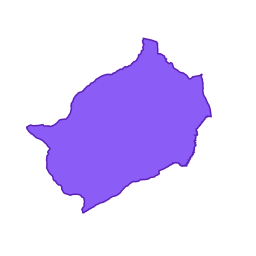 outline of Micfalau, Covasna, Romania, rotated 139°
{"feature_id": "2599482B86222480171428", "entity_name": "Micfalau", "entity_type": "district", "adm_level": 2, "iso_a3": "ROU", "parent_name": "Romania", "parent_adm1": "Covasna", "projection": "natural_earth1", "projection_center": [25.868, 46.051], "detail": "fine", "context": "isolated", "style": "filled", "palette": "violet", "viewbox_px": 256, "rotation_deg": 139, "n_neighbors": 0, "source": "geoboundaries", "source_scale": "gbopen_adm2", "svg_char_len": 5626}
<svg xmlns="http://www.w3.org/2000/svg" viewBox="0 0 256 256"><g transform="rotate(139 128 128)"><path d="M212.3,154.4L213.1,153.9L214.0,152.5L214.8,152.0L215.6,151.1L216.7,146.5L216.9,144.8L216.5,141.3L216.7,140.6L218.0,138.4L218.3,137.4L218.2,136.8L217.8,136.0L217.7,135.3L218.0,132.8L217.8,131.0L217.7,130.5L216.7,129.6L216.4,129.1L216.5,127.7L216.8,126.9L218.3,125.0L218.3,123.9L218.8,122.3L218.9,120.8L218.7,120.3L217.0,117.6L215.7,115.1L213.1,114.1L210.1,111.6L208.7,110.1L208.1,108.7L207.9,107.1L208.1,106.6L208.1,106.3L207.5,105.3L207.3,104.3L207.4,103.8L208.0,103.0L208.8,101.5L209.8,100.3L211.1,99.5L211.5,99.0L211.8,98.1L212.6,97.7L214.3,97.5L215.8,97.0L216.3,96.7L216.6,95.4L217.0,94.6L217.6,94.0L217.5,93.5L217.3,93.3L216.6,93.0L214.6,93.0L214.2,92.6L213.8,92.7L212.9,92.5L212.4,92.2L211.3,92.4L210.9,92.4L209.7,91.9L207.3,91.5L205.6,91.0L202.6,90.9L199.8,90.0L198.6,89.9L196.6,88.8L195.0,88.1L188.9,86.9L187.6,87.0L184.5,86.4L182.0,85.0L179.2,84.3L176.5,84.2L173.9,84.8L168.6,85.4L167.6,85.3L166.5,84.7L165.8,84.6L163.6,84.9L159.8,84.4L158.6,83.7L157.8,82.7L155.2,81.1L154.5,80.9L152.0,80.8L151.4,79.7L150.1,79.1L150.0,78.8L148.5,77.6L147.4,77.1L147.0,76.7L145.2,76.0L144.1,76.0L143.1,75.7L140.2,73.8L138.2,73.9L136.5,73.2L134.9,72.9L134.4,73.1L134.3,73.4L134.0,73.5L134.0,74.2L133.8,74.4L132.8,75.0L132.7,75.3L132.3,75.4L131.9,75.0L130.7,74.9L129.4,74.2L126.5,73.4L124.3,73.2L124.0,72.8L123.7,72.7L121.7,72.5L121.0,72.8L120.8,72.5L120.3,72.5L119.8,72.0L119.5,72.1L118.0,71.8L117.2,72.2L117.1,71.5L116.6,71.5L115.8,71.1L115.4,70.8L114.9,70.7L114.4,69.9L114.1,69.8L113.0,68.7L113.1,67.8L112.7,67.6L112.7,66.6L113.0,66.1L112.7,66.0L112.8,65.6L112.6,65.1L112.7,64.7L112.6,64.2L112.2,64.0L112.3,63.9L112.2,63.7L111.7,63.6L111.6,63.4L111.8,63.3L111.4,63.3L110.9,62.9L110.7,62.9L110.8,62.7L110.7,62.5L110.2,62.7L109.8,62.6L109.7,62.4L109.3,62.4L109.3,61.8L109.0,61.5L109.1,61.2L108.5,60.9L108.2,61.0L107.6,62.0L107.2,62.0L107.2,62.3L106.0,62.0L105.9,62.5L105.6,62.7L105.7,62.9L104.4,62.6L104.2,62.9L103.8,62.9L103.6,63.3L103.2,63.5L103.4,64.0L102.6,63.5L102.3,63.5L102.0,63.8L100.9,63.9L100.7,64.2L100.7,64.7L100.3,65.1L99.4,64.9L99.3,65.2L99.1,65.2L98.8,64.8L98.7,65.0L98.5,64.9L98.2,65.1L97.5,65.2L97.4,65.5L97.0,65.7L96.5,65.6L96.3,65.3L96.0,65.3L95.8,65.5L95.8,66.4L95.6,66.7L95.0,67.0L94.7,66.9L94.5,66.3L93.8,66.3L93.8,67.1L93.7,67.4L93.1,67.6L92.9,67.9L92.5,67.9L92.3,68.4L91.7,68.5L91.7,69.1L91.0,69.4L90.8,69.7L90.0,70.2L89.0,70.3L88.7,70.2L88.5,70.4L88.3,70.4L87.9,70.6L88.1,71.4L87.7,71.5L87.7,71.9L87.4,72.3L86.8,72.4L87.0,72.7L86.8,73.0L87.0,73.2L86.7,73.3L86.8,73.6L86.7,74.6L85.8,74.8L85.3,74.4L85.0,74.3L84.9,75.2L83.0,76.2L82.7,76.7L82.5,77.4L81.5,77.7L81.7,78.1L81.1,77.7L80.7,77.9L80.4,77.3L79.5,77.8L79.5,78.6L79.1,78.9L79.0,79.2L78.8,79.4L78.6,79.8L78.2,80.0L78.5,80.5L78.5,81.1L77.1,82.0L77.2,82.4L75.6,82.1L75.3,82.4L74.3,82.6L73.1,82.6L72.4,83.0L71.8,82.7L71.5,83.1L70.9,83.2L70.2,83.2L69.3,83.5L68.7,83.4L68.4,84.0L67.8,83.7L67.3,83.7L66.5,84.0L66.2,83.9L65.5,84.2L64.0,84.3L63.4,84.8L62.8,84.8L62.1,85.2L61.9,85.1L61.7,84.6L61.4,84.5L60.7,84.5L60.1,84.8L59.7,83.9L58.9,83.6L58.8,83.1L57.8,82.1L54.8,86.5L53.4,88.9L52.1,91.8L51.5,95.0L50.0,99.4L49.5,102.7L48.6,104.8L46.6,107.7L45.5,108.4L43.8,110.8L42.0,112.6L41.4,114.1L40.1,115.7L39.2,118.2L38.6,119.2L37.1,119.8L37.2,120.2L38.9,120.4L39.9,120.7L44.6,123.6L45.7,124.1L45.8,123.9L49.1,124.2L49.5,125.1L49.6,126.3L49.3,127.8L49.2,129.5L49.8,131.3L50.1,132.9L50.8,134.2L52.2,135.8L52.4,136.6L52.9,139.8L53.5,141.2L54.0,142.9L54.0,144.1L53.0,146.0L52.3,148.0L52.9,149.3L54.7,149.6L55.0,150.5L55.2,152.7L55.5,153.3L55.3,153.9L53.7,154.7L53.7,155.0L54.3,156.1L54.3,156.3L53.4,158.4L53.4,158.8L54.1,160.2L54.2,161.0L54.7,162.5L55.5,163.3L56.7,164.1L56.8,164.3L55.8,165.8L53.9,167.8L52.9,169.4L50.5,172.2L50.1,172.7L50.4,173.5L49.9,174.2L52.7,179.0L57.6,185.6L57.8,185.5L58.1,185.0L58.6,184.7L59.9,184.2L60.0,183.4L60.5,183.2L60.7,182.5L61.1,182.2L60.9,181.6L61.0,181.0L61.2,180.7L61.7,180.6L62.2,180.0L63.5,179.5L63.7,179.2L64.2,178.9L64.5,177.8L65.1,177.2L65.8,177.0L66.8,177.5L67.1,177.5L68.2,176.4L69.0,176.1L69.6,175.6L70.2,175.5L71.5,176.2L72.2,176.1L72.5,175.9L72.5,175.2L73.9,174.8L74.6,174.2L75.9,174.1L76.5,173.6L77.6,173.4L78.5,173.5L79.9,174.1L81.2,174.2L82.1,174.0L83.0,174.1L84.1,173.6L85.3,173.7L86.2,174.3L88.6,174.5L89.8,176.1L90.6,176.3L91.9,176.2L93.5,176.4L94.2,176.1L95.1,177.3L95.5,177.6L97.2,177.7L98.6,178.2L101.3,178.1L102.9,179.0L103.5,179.1L104.4,178.8L105.9,179.5L106.0,179.9L106.7,180.2L107.2,181.0L108.2,181.9L109.4,182.6L112.7,184.1L115.0,184.7L120.4,185.6L122.1,185.2L124.2,185.2L126.8,186.1L127.6,186.0L128.1,185.6L128.6,185.4L131.1,186.2L132.4,186.2L134.0,186.0L135.8,185.9L136.7,185.5L137.2,185.7L138.4,185.5L139.6,185.8L141.0,186.6L142.6,187.1L143.4,186.8L146.0,186.8L148.5,186.2L149.7,185.8L151.0,185.0L151.9,184.3L154.8,183.6L155.5,182.8L155.7,182.3L156.7,182.0L156.8,181.0L158.2,179.7L161.0,177.5L163.1,176.6L163.9,176.5L166.1,175.6L166.8,175.7L169.1,175.4L169.9,175.9L170.1,176.4L170.9,176.8L172.3,177.9L174.4,178.9L175.3,178.9L177.3,178.5L180.2,178.5L182.2,178.8L185.6,180.0L186.0,180.3L186.2,181.3L188.9,183.6L189.9,184.3L190.1,185.1L190.0,186.4L194.2,188.8L195.1,189.6L198.2,192.0L199.5,194.0L199.9,194.3L203.7,195.1L204.2,194.8L204.7,193.5L205.1,189.8L204.8,188.8L204.8,187.3L204.7,187.3L204.2,185.9L203.6,180.8L201.4,176.8L200.6,174.1L200.5,172.1L200.1,169.3L200.5,166.6L200.3,163.8L200.6,163.4L203.0,163.0L204.4,162.5L204.6,162.1L204.4,161.1L204.5,161.0L205.5,160.5L207.0,160.2L207.7,159.9L210.5,157.2L210.9,156.7L211.4,155.6L212.3,154.4Z" fill="#8b5cf6" stroke="#5b21b6" stroke-width="1.5"/></g></svg>